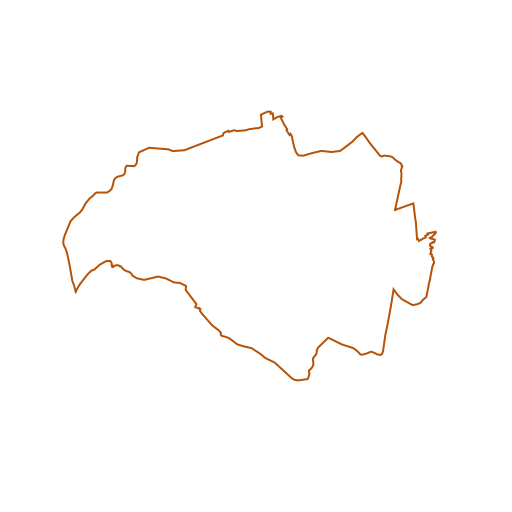 outline of Zorlentu Mare, Caras-Severin, Romania, rotated 58°
{"feature_id": "2599482B11018048570777", "entity_name": "Zorlentu Mare", "entity_type": "district", "adm_level": 2, "iso_a3": "ROU", "parent_name": "Romania", "parent_adm1": "Caras-Severin", "projection": "orthographic", "projection_center": [21.979, 45.459], "detail": "fine", "context": "isolated", "style": "outline", "palette": "amber", "viewbox_px": 512, "rotation_deg": 58, "n_neighbors": 0, "source": "geoboundaries", "source_scale": "gbopen_adm2", "svg_char_len": 5478}
<svg xmlns="http://www.w3.org/2000/svg" viewBox="0 0 512 512"><g transform="rotate(58 256 256)"><path d="M387.7,277.6L387.1,276.5L386.3,275.4L385.5,274.4L384.5,273.5L383.4,272.6L382.8,272.6L382.1,272.4L381.6,272.1L381.1,271.6L380.9,269.9L380.7,269.1L380.5,268.3L380.2,267.6L379.8,266.8L379.4,266.1L379.0,265.4L377.9,264.5L376.8,263.9L375.6,263.3L374.4,262.9L372.9,261.7L370.9,256.5L368.0,254.1L366.5,251.6L363.6,238.2L365.6,236.8L376.3,230.2L385.7,222.3L387.9,221.4L390.2,220.6L392.5,220.0L394.9,219.6L396.1,217.9L397.2,214.3L398.1,209.1L399.3,208.1L400.6,207.2L402.0,206.3L403.4,205.6L405.9,202.9L405.9,201.0L403.9,198.6L391.7,188.3L383.3,180.3L374.7,172.4L366.0,164.6L357.2,157.0L360.4,156.8L363.5,156.5L366.7,155.9L369.8,155.2L380.4,149.4L381.3,147.5L382.1,145.5L382.6,143.5L382.9,141.3L382.2,139.4L381.6,137.4L381.3,135.4L381.1,133.3L379.5,131.9L376.3,128.8L372.2,124.9L371.6,124.7L370.3,123.2L367.8,120.5L365.8,118.9L361.1,114.5L358.2,111.8L358.2,111.6L358.0,111.3L357.9,110.8L357.8,110.7L357.6,110.5L357.4,110.4L357.2,110.4L357.0,110.2L356.8,109.9L356.7,109.6L356.5,108.9L355.9,108.4L354.7,108.1L354.4,107.9L353.3,107.6L352.9,107.6L352.7,107.8L352.6,107.7L352.5,107.4L352.4,107.2L352.2,106.9L351.7,107.0L351.2,106.9L351.0,106.7L350.7,106.8L350.5,107.1L350.3,107.2L349.4,106.9L349.1,106.9L348.9,106.8L348.8,106.5L348.7,106.3L348.6,106.2L348.2,106.3L347.7,106.1L347.4,106.3L347.1,106.7L346.6,107.1L344.4,104.4L344.0,104.4L343.7,104.3L343.3,104.3L342.7,104.4L342.3,104.3L342.1,104.1L342.2,103.5L342.7,102.8L343.0,102.1L342.9,101.9L342.5,101.6L342.3,101.6L341.8,101.8L341.3,102.0L341.1,102.0L340.7,102.4L340.5,102.6L340.2,102.8L339.9,102.8L339.4,102.9L339.0,102.7L338.6,102.4L338.1,102.1L338.1,100.9L338.0,100.0L338.4,99.4L338.3,99.0L338.0,98.8L338.5,98.3L338.8,97.9L338.6,97.5L337.4,96.0L337.2,95.7L336.9,95.7L336.2,96.2L333.1,99.2L332.8,99.2L332.8,98.8L333.1,98.0L333.1,97.3L332.9,96.2L332.5,94.9L332.2,93.5L332.1,92.7L331.8,92.6L331.6,92.1L331.6,91.6L331.6,91.2L330.6,90.9L327.8,98.6L329.0,98.8L328.6,101.7L330.1,102.0L329.7,105.7L329.7,109.8L327.2,109.6L327.1,110.5L324.2,109.0L318.2,105.8L311.8,102.4L307.6,100.7L301.4,97.7L294.8,94.7L294.3,96.8L294.1,98.0L293.9,98.7L293.4,101.0L292.9,102.8L292.6,105.2L292.1,106.6L291.9,107.7L291.9,108.3L291.7,109.2L291.5,109.7L291.2,110.6L290.9,111.4L290.9,113.7L290.8,113.8L288.8,112.0L284.6,107.8L279.0,102.4L274.0,97.5L270.9,94.4L269.3,92.9L268.7,92.6L268.4,92.5L267.9,92.3L267.1,91.7L265.7,90.6L263.5,89.2L262.9,88.8L261.1,88.2L260.6,87.9L260.1,87.6L257.6,84.5L257.3,84.9L257.2,84.9L256.6,84.6L256.3,84.4L256.1,84.3L255.8,84.3L255.4,84.3L255.1,84.1L254.6,84.1L253.9,84.3L253.4,84.5L253.2,84.7L252.5,85.1L251.6,85.4L250.1,86.2L248.7,86.7L248.3,86.9L247.5,87.1L247.1,87.3L246.3,87.4L245.3,87.7L244.6,87.9L242.8,89.2L242.1,89.9L241.5,90.6L241.0,91.4L240.4,92.0L239.7,92.7L239.2,93.5L238.7,94.3L238.5,95.4L238.3,96.3L238.0,96.9L237.8,97.1L236.5,97.7L234.9,97.9L228.9,98.6L223.8,99.3L220.2,99.6L218.7,99.8L217.3,99.8L215.7,99.8L213.6,100.0L210.7,100.2L208.0,100.5L208.5,107.1L210.2,114.0L211.3,126.1L211.4,129.2L207.8,136.9L201.5,144.9L199.7,150.1L198.4,154.2L197.2,158.4L196.1,162.6L193.1,166.7L192.2,166.9L190.9,167.0L189.5,167.0L188.2,166.9L187.2,166.6L184.4,166.0L181.6,165.1L178.9,164.2L176.2,163.2L173.5,162.1L170.7,162.0L171.2,163.4L165.5,163.5L165.1,162.4L161.4,162.4L158.9,162.5L156.8,162.1L153.3,161.9L151.2,161.5L151.7,159.8L150.7,160.0L149.4,164.5L149.3,168.9L144.0,166.2L143.2,168.2L141.4,167.1L139.7,169.7L139.2,173.5L139.1,174.2L138.8,176.9L149.4,182.3L149.2,184.0L149.0,185.7L147.6,188.5L147.2,189.3L145.9,192.4L145.2,193.5L143.9,198.2L139.9,206.0L137.8,207.7L137.4,209.4L136.5,213.1L135.2,213.0L134.9,215.0L134.6,217.0L134.6,218.1L135.1,219.2L136.2,220.2L128.3,260.8L123.4,270.1L122.1,271.7L119.2,273.7L107.5,289.4L106.1,300.3L109.2,304.4L110.6,305.2L111.8,306.1L113.0,307.1L114.1,308.2L114.3,308.4L115.2,310.3L115.2,311.8L110.9,317.9L112.2,320.2L115.5,322.5L116.9,324.5L116.9,326.7L115.3,331.8L115.5,334.2L116.4,336.3L118.1,337.9L119.7,339.5L121.3,341.3L122.7,343.2L123.2,345.5L123.3,348.6L117.7,357.5L117.7,359.4L118.2,361.1L118.6,362.8L118.8,364.5L118.9,366.2L121.0,372.5L124.6,378.8L125.9,382.8L126.2,385.9L126.7,389.0L127.4,392.0L128.3,394.9L136.9,407.0L140.0,410.5L142.9,412.6L145.7,413.4L147.7,413.5L149.6,413.8L151.5,414.2L153.4,414.7L160.1,417.1L166.7,419.6L173.3,422.3L179.9,425.0L182.7,425.5L185.5,426.2L188.2,427.0L190.9,428.0L191.0,428.0L189.3,425.5L187.9,422.9L186.6,420.2L185.5,417.4L182.2,408.2L181.1,403.0L181.9,401.1L181.7,399.7L180.6,393.0L180.8,387.2L181.1,385.0L182.0,384.0L182.9,382.3L184.0,382.2L185.2,382.2L185.8,382.3L186.8,383.1L187.9,383.4L188.1,382.8L188.1,382.6L188.4,382.6L188.4,383.0L188.6,383.1L188.9,383.3L189.0,383.6L189.3,383.4L189.6,383.3L189.5,380.5L189.7,379.4L191.2,377.5L191.4,377.3L192.6,377.0L192.7,376.6L192.8,376.3L197.0,375.5L198.5,374.9L199.9,374.0L201.1,373.1L201.8,372.5L202.5,371.8L203.7,371.4L204.8,371.1L205.9,371.1L207.1,371.2L211.6,369.0L217.0,363.5L221.5,350.0L227.0,344.5L234.9,339.6L238.6,334.8L240.8,333.4L241.9,332.7L244.3,331.2L247.5,333.6L255.6,332.9L265.3,332.0L267.0,334.6L270.5,332.2L270.2,331.6L271.4,331.2L271.8,331.6L273.0,332.6L277.7,332.2L291.7,329.9L299.0,327.1L302.5,326.4L304.1,327.6L305.7,327.3L307.1,325.8L308.7,324.5L310.3,323.2L312.1,322.1L321.0,318.7L323.8,316.3L326.6,313.8L329.2,311.2L331.8,308.6L341.3,304.2L347.4,302.2L356.3,296.6L378.6,290.4L381.4,289.0L383.7,286.4L387.7,277.6Z" fill="none" stroke="#b45309" stroke-width="2"/></g></svg>